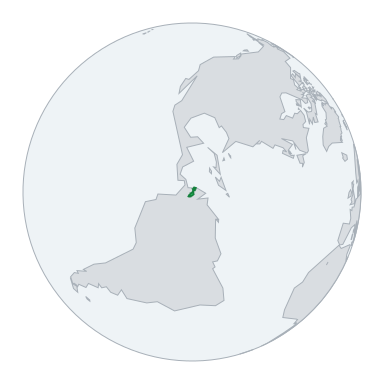 Bolívar highlighted on a globe, orthographic projection, rotated 55°
{"feature_id": "COL-1413", "entity_name": "Bolívar", "entity_type": "Department", "adm_level": 1, "iso_a3": "COL", "parent_name": "Colombia", "parent_adm1": "", "projection": "orthographic", "projection_center": [-74.836, 8.903], "detail": "fine", "context": "on_globe", "style": "filled", "palette": "green", "viewbox_px": 384, "rotation_deg": 55, "n_neighbors": 0, "source": "natural_earth", "source_scale": "10m", "svg_char_len": 9755}
<svg xmlns="http://www.w3.org/2000/svg" viewBox="0 0 384 384"><g transform="rotate(55 192 192)"><circle cx="192" cy="192" r="169" fill="#eef3f6" stroke="#a8b0b8"/><path d="M182.2,193.7L178.3,191.8L174.3,196.8L160.7,188.5L156.0,178.4L115.0,161.4L111.0,156.2L111.3,148.0L99.8,121.1L103.8,146.1L98.9,141.0L95.4,132.0L98.0,129.9L96.4,117.1L92.3,112.2L93.9,96.9L105.9,78.8L106.9,81.7L109.6,77.5L108.6,73.9L107.2,72.6L115.3,57.3L113.7,50.0L107.6,51.7L113.3,48.7L98.1,55.3L93.7,56.3L102.1,52.8L105.6,50.9L104.3,50.1L107.6,48.0L108.8,46.6L112.9,44.3L117.5,43.1L120.2,41.8L119.1,41.4L122.5,39.3L123.7,40.0L129.7,36.5L138.6,35.0L138.5,40.7L146.7,39.9L155.6,46.2L158.2,44.5L163.2,46.5L168.1,45.4L168.3,47.4L172.0,44.9L170.8,43.3L172.0,41.8L174.7,41.2L175.6,43.4L174.3,44.1L176.0,44.5L175.2,46.0L177.1,44.9L177.8,48.0L181.2,44.1L185.2,46.0L184.5,48.3L179.3,49.1L164.7,58.1L162.4,61.7L164.5,65.4L179.5,69.8L179.2,73.7L182.6,78.2L185.3,75.3L183.5,70.9L189.2,67.2L186.4,62.7L188.3,60.8L187.5,56.3L193.4,56.1L199.5,58.5L200.4,62.4L203.1,63.8L206.9,59.7L213.1,67.2L225.0,73.0L226.0,75.4L219.6,79.8L207.9,80.2L199.5,88.1L210.7,82.4L213.0,89.2L215.8,90.3L219.1,89.9L220.5,87.2L222.5,89.7L212.2,95.7L210.2,93.5L213.5,91.5L208.0,92.0L201.0,97.0L202.7,100.6L190.4,106.0L191.5,108.8L189.4,111.9L188.5,106.9L189.9,116.2L175.7,127.1L177.2,144.5L169.4,131.1L162.8,129.6L154.8,130.0L154.9,132.8L144.2,130.7L134.5,136.7L130.9,150.5L134.5,161.2L146.4,161.7L150.0,155.7L158.7,154.5L152.4,170.7L167.7,173.0L166.1,185.2L170.6,191.5L178.2,189.8L186.2,192.8L191.8,185.6L200.9,181.5L201.1,191.5L206.1,182.3L211.2,187.0L229.2,186.0L227.9,188.3L243.1,199.4L259.2,203.7L263.0,210.7L261.1,215.2L266.6,216.1L266.7,219.1L288.4,221.8L299.2,228.0L298.6,238.0L289.1,250.3L279.4,274.5L262.0,283.3L256.9,292.7L242.0,306.4L231.6,305.9L233.9,312.1L227.5,316.1L220.5,316.5L218.7,320.9L213.5,321.1L216.6,323.8L207.5,329.3L209.4,333.6L202.6,337.7L204.0,340.0L201.7,340.0L199.1,340.9L198.7,342.2L191.8,340.0L190.5,334.6L193.4,331.8L190.4,331.3L196.6,323.8L193.1,325.4L194.9,313.7L200.5,303.5L205.0,273.0L201.5,266.7L188.7,259.5L173.2,235.7L177.5,225.8L174.1,221.1L185.3,206.9L182.2,193.7ZM34.2,141.8L35.4,138.0L35.2,140.5L34.2,141.8ZM35.9,135.6L35.5,136.9L35.8,135.8L35.9,135.6ZM35.9,134.8L35.9,135.4L35.7,135.1L35.9,134.8ZM35.7,134.2L35.8,134.4L35.8,134.5L35.7,134.2ZM176.3,150.4L193.8,158.7L183.9,159.9L185.8,158.3L181.4,154.8L173.1,151.7L164.4,153.6L176.3,150.4ZM35.9,132.1L36.0,131.4L36.3,131.2L35.9,132.1ZM184.1,140.7L181.1,140.0L184.1,139.9L184.1,140.7ZM106.1,72.5L108.2,74.1L107.9,78.4L105.8,77.2L106.1,72.5ZM107.1,65.3L109.0,65.1L105.8,69.0L105.7,67.9L107.1,65.3ZM102.5,53.8L103.7,54.2L101.4,54.6L102.5,53.8ZM108.3,46.8L106.9,47.5L108.2,46.5L108.3,46.8ZM184.4,56.8L185.9,56.6L185.3,57.5L184.4,56.8ZM182.6,55.2L180.7,56.5L179.6,55.9L180.7,55.2L182.6,55.2ZM115.5,42.3L117.9,40.9L116.2,42.1L115.5,42.3ZM185.1,53.8L177.8,54.8L175.9,53.9L178.7,50.4L185.1,53.8ZM119.8,39.9L125.6,36.8L123.0,37.8L133.5,33.7L125.1,37.4L123.5,38.6L122.4,38.7L119.8,39.9ZM169.2,43.2L170.6,44.8L166.9,44.1L169.2,43.2ZM166.6,43.1L153.5,44.1L152.9,41.8L157.4,41.7L154.5,39.5L160.6,37.8L163.5,38.7L162.8,40.4L165.7,38.5L166.6,43.1ZM138.3,32.2L140.4,31.5L139.1,32.1L138.3,32.2ZM172.2,41.2L169.6,41.4L168.9,39.4L173.9,38.5L172.5,39.4L172.2,41.2ZM150.8,40.0L151.1,38.5L156.1,36.6L156.9,35.9L160.7,37.6L150.8,40.0ZM174.1,39.6L176.5,38.2L179.3,38.7L174.7,40.8L174.1,39.6ZM166.6,39.3L166.4,38.3L168.1,38.5L166.6,39.3ZM190.8,40.2L187.7,40.2L187.0,39.1L190.8,40.2ZM177.1,37.6L176.2,37.5L175.6,37.1L177.7,36.4L177.1,37.6ZM164.0,36.3L166.0,36.0L162.7,35.5L166.3,34.3L168.2,35.8L168.9,34.7L170.0,34.4L170.3,36.0L164.0,36.3ZM178.0,34.6L181.6,36.6L187.4,36.7L188.2,37.6L178.6,37.4L178.0,34.6ZM173.4,35.3L176.4,35.0L175.8,36.2L173.4,37.0L173.4,35.3ZM168.1,33.1L162.1,34.5L161.9,34.1L168.1,33.1ZM179.8,34.4L178.9,33.9L180.3,34.2L179.8,34.4ZM171.8,33.2L169.7,33.6L169.6,33.2L171.8,33.2ZM178.8,32.8L180.0,33.4L178.4,33.9L178.8,32.8ZM175.7,32.8L176.0,32.2L177.1,33.8L174.8,33.0L175.7,32.8ZM172.0,32.7L171.2,32.6L172.9,32.6L172.0,32.7ZM184.2,30.8L186.0,32.7L182.5,33.7L181.2,31.7L184.2,30.8ZM203.1,344.4L192.3,340.8L198.4,342.5L203.1,340.4L208.6,343.1L203.1,344.4ZM216.6,339.0L221.8,337.7L222.9,338.3L219.6,339.3L216.6,339.0ZM319.8,81.4L319.9,81.5L320.2,81.9L325.8,88.8L320.6,82.7L317.7,79.4L309.9,73.1L313.2,76.7L320.9,83.2L320.5,83.1L325.2,88.9L321.3,84.5L312.1,77.3L312.7,82.0L321.4,98.5L320.1,101.4L315.4,100.4L304.3,86.0L308.5,81.4L304.6,77.0L297.0,72.5L298.9,71.7L296.3,69.5L297.2,67.9L291.8,61.4L291.7,59.7L283.1,53.5L281.9,52.0L287.3,55.9L291.0,58.1L290.0,55.0L287.9,53.4L282.4,49.8L282.8,49.7L277.7,46.7L273.9,44.2L274.2,45.0L267.7,41.7L262.0,38.6L259.9,37.9L269.3,43.0L273.0,45.1L276.1,46.5L286.2,53.3L288.0,55.2L277.5,49.3L278.9,51.8L270.1,46.8L250.1,34.7L245.1,32.1L249.1,33.0L255.4,35.4L255.7,35.6L258.3,36.6L269.9,42.1L281.0,48.4L291.6,55.5L301.6,63.4L311.0,72.1L319.8,81.4ZM137.5,32.1L139.7,31.3L133.5,33.7L123.0,37.8L116.5,40.9L137.5,32.1ZM352.1,245.9L353.6,241.4L356.2,232.0L352.1,245.9ZM358.0,223.6L359.0,217.7L359.9,198.1L360.0,185.5L359.2,181.1L358.3,183.8L357.0,178.7L356.0,179.4L346.9,189.6L341.6,183.8L329.4,163.3L329.2,153.0L324.8,142.7L319.9,102.1L323.8,102.2L325.7,92.8L326.8,93.3L331.9,101.0L337.6,106.3L334.5,101.2L340.9,112.2L346.5,123.7L351.2,135.5L355.1,147.7L357.9,160.1L359.9,172.8L360.8,185.5L360.8,198.3L359.9,211.0L358.0,223.6ZM327.4,120.7L328.9,123.8L327.4,120.7ZM229.8,185.9L232.0,187.7L229.1,187.9L229.8,185.9ZM182.5,163.9L186.2,164.1L188.2,165.6L185.3,166.1L182.5,163.9ZM213.6,163.5L217.8,164.3L213.4,165.2L213.6,163.5ZM196.6,159.7L210.2,163.3L201.7,166.4L193.1,164.3L199.0,163.3L196.6,159.7ZM182.4,146.3L184.7,147.0L184.1,148.8L182.4,146.3ZM186.3,140.7L185.4,140.8L184.2,139.4L186.3,140.7ZM213.6,88.9L214.5,88.5L217.8,88.6L216.3,89.8L213.6,88.9ZM232.2,83.1L235.0,87.3L232.0,84.9L230.4,87.0L222.1,85.0L226.1,76.5L225.8,80.5L232.2,83.1ZM212.1,80.7L216.9,82.5L211.5,80.9L212.1,80.7ZM281.1,60.8L283.6,61.4L286.5,64.1L286.5,67.7L282.4,63.6L281.1,60.8ZM286.4,61.8L276.0,55.7L275.6,53.7L277.6,55.8L278.3,55.0L281.8,58.2L291.5,62.8L294.7,65.6L293.1,69.8L291.9,66.7L289.5,66.1L286.4,61.8ZM250.3,48.2L245.8,46.8L250.6,44.1L254.3,45.9L254.6,49.1L250.5,49.1L250.3,48.2ZM191.6,47.9L189.5,48.4L189.3,47.6L190.8,46.6L191.6,47.9ZM189.4,40.3L200.2,45.2L198.4,45.9L206.9,48.5L205.5,51.6L200.1,49.6L205.4,54.3L199.9,53.8L204.0,56.9L192.0,52.3L187.3,52.4L193.1,51.0L194.5,48.1L193.7,46.9L187.9,43.8L178.4,43.3L178.3,40.7L180.8,39.1L183.0,38.9L182.4,40.5L185.8,39.0L186.6,41.2L189.4,40.3ZM209.3,28.4L207.6,29.2L214.7,28.8L215.6,30.1L216.3,30.0L219.0,31.2L223.7,32.6L223.3,33.2L225.3,33.6L227.1,34.6L229.7,35.3L229.9,36.8L233.0,37.9L231.3,38.0L236.7,39.7L232.8,39.2L234.8,40.8L237.6,40.4L232.3,49.1L233.1,53.9L236.0,58.4L228.8,57.6L221.6,53.1L215.3,47.6L215.6,43.4L212.3,44.1L211.4,42.4L214.4,42.6L209.3,41.3L209.4,40.1L203.8,36.7L196.5,36.3L194.3,35.2L197.2,34.8L192.9,34.1L196.9,32.7L195.4,32.0L197.9,30.2L204.4,30.1L202.2,29.4L204.0,28.3L209.3,28.4ZM185.1,30.3L192.7,29.3L196.9,29.7L190.9,32.8L191.7,33.6L188.0,36.1L182.0,35.6L183.6,34.9L183.8,34.1L185.6,34.6L184.3,33.6L186.4,32.7L186.0,31.8L188.6,31.7L185.1,30.3ZM324.8,89.9L325.0,89.7L324.7,88.6L327.6,92.5L324.8,89.9ZM318.7,85.0L318.4,84.1L322.4,88.5L322.1,88.9L318.7,85.0ZM314.9,80.1L318.1,83.7L316.2,82.0L314.9,80.1ZM286.8,55.1L286.1,54.1L287.3,54.9L289.3,56.4L286.8,55.1ZM230.5,29.3L228.9,29.2L227.9,28.9L222.2,28.2L221.2,27.4L224.2,27.6L230.5,29.3ZM228.4,28.3L226.2,28.0L227.1,27.9L228.4,28.3ZM220.1,26.9L220.5,26.6L220.4,27.3L220.1,26.9ZM197.1,23.1L196.1,23.1L195.9,23.1L197.1,23.1ZM214.0,24.8L216.7,25.2L216.0,25.2L214.0,24.8ZM139.5,31.7L140.3,31.5L138.5,32.1L139.5,31.7Z" fill="#d9dde1" stroke="#a8b0b8" stroke-width="1"/><path d="M189.8,188.5L189.8,188.4L190.0,188.2L189.9,188.1L189.7,188.3L189.6,188.2L189.8,188.0L189.8,187.9L190.0,187.9L190.0,187.7L189.9,187.6L190.0,187.4L190.0,187.5L190.1,187.4L190.0,187.2L190.2,186.9L190.3,186.9L190.4,186.7L190.6,186.7L190.8,186.6L190.8,186.8L190.9,187.0L190.8,187.3L191.0,187.4L191.1,187.6L191.3,187.5L191.5,187.7L191.6,187.8L191.8,188.0L191.7,188.0L191.7,188.3L191.8,188.4L191.8,188.5L192.0,188.5L192.1,188.8L191.9,188.9L191.9,189.0L191.9,189.3L192.0,189.4L192.0,189.5L192.1,189.8L192.1,190.0L192.1,190.3L192.3,190.5L192.3,190.4L192.4,190.5L192.5,190.5L192.8,190.8L192.9,191.0L193.0,191.0L193.0,190.9L193.2,191.0L193.3,191.1L193.5,191.1L193.7,191.3L193.8,191.4L194.0,191.5L194.3,191.6L194.5,191.7L194.7,191.8L194.8,191.8L194.8,192.0L195.0,192.2L195.0,192.3L194.9,192.5L194.9,192.8L195.0,192.8L195.0,193.0L195.1,193.3L195.2,193.5L195.1,193.8L195.1,194.0L195.0,194.3L194.9,194.3L194.8,194.5L194.9,194.8L194.9,195.0L195.0,195.2L195.0,195.3L195.0,195.5L194.9,195.5L195.0,195.6L194.9,195.7L194.9,195.8L194.7,196.1L194.7,196.3L194.7,196.5L193.7,197.6L193.4,197.6L193.4,197.4L193.3,197.2L193.3,196.9L193.3,196.7L193.4,196.4L193.4,196.2L193.3,196.3L193.2,196.3L193.1,196.5L192.9,196.5L192.8,196.4L192.7,196.2L192.8,195.8L192.9,195.7L193.0,195.6L193.0,195.4L192.9,195.3L192.9,195.0L192.8,194.9L192.7,194.8L192.7,194.7L192.0,194.1L192.1,193.9L192.3,193.8L192.3,193.7L192.4,193.8L192.5,193.8L192.5,193.7L192.8,193.5L192.8,193.4L192.8,193.2L192.8,192.9L192.7,192.9L192.7,192.5L192.8,192.4L192.8,192.2L192.7,192.0L192.5,191.8L192.2,191.6L191.9,191.3L191.9,191.2L191.7,190.9L191.7,190.7L191.8,190.5L191.8,190.4L191.7,190.4L191.4,190.3L191.5,190.1L191.4,190.1L191.2,190.0L191.1,189.9L190.9,189.8L190.8,189.7L190.7,189.7L190.6,189.8L190.4,189.8L190.5,189.7L190.5,189.4L190.6,189.2L190.4,189.1L190.2,189.0L190.2,188.9L190.1,188.6L190.1,188.3L189.8,188.5ZM190.9,186.5L190.7,186.5L190.8,186.4L190.9,186.5L190.9,186.5ZM189.8,187.7L190.0,187.7L189.9,187.8L189.8,187.7L189.8,187.7Z" fill="#22c55e" stroke="#15803d" stroke-width="1.5"/></g></svg>